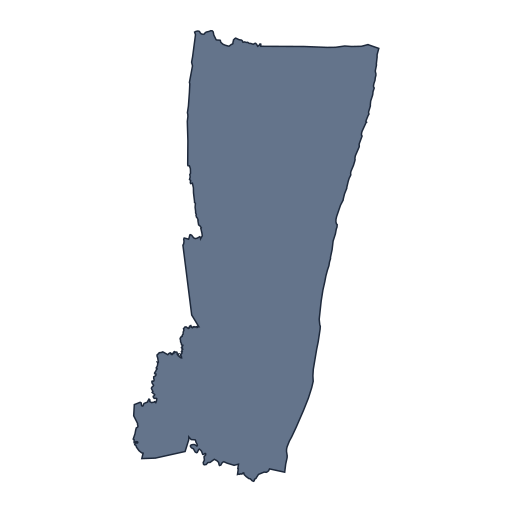 outline of Umkhanyakude, KwaZulu-Natal, South Africa
{"feature_id": "47623444B87808740966359", "entity_name": "Umkhanyakude", "entity_type": "district", "adm_level": 2, "iso_a3": "ZAF", "parent_name": "South Africa", "parent_adm1": "KwaZulu-Natal", "projection": "equal_earth", "projection_center": [32.054, -27.662], "detail": "fine", "context": "isolated", "style": "filled", "palette": "slate", "viewbox_px": 512, "rotation_deg": 0, "n_neighbors": 0, "source": "geoboundaries", "source_scale": "gbopen_adm2", "svg_char_len": 6019}
<svg xmlns="http://www.w3.org/2000/svg" viewBox="0 0 512 512"><path d="M269.5,468.9L284.7,472.2L285.7,464.1L287.1,457.7L287.2,455.8L286.5,451.4L286.6,448.9L287.1,446.8L289.4,441.0L291.6,437.0L296.2,427.2L303.5,410.4L308.4,398.1L311.7,387.7L313.2,381.3L312.9,375.8L313.3,369.3L316.7,349.1L318.2,341.8L320.1,329.2L320.3,326.2L319.8,325.0L319.2,319.3L321.2,300.9L322.9,290.1L324.8,281.7L325.9,275.9L327.5,269.9L328.9,265.8L329.5,262.0L330.5,258.7L330.5,257.2L332.1,249.7L333.1,241.1L335.4,233.9L336.3,229.0L337.0,227.1L337.2,224.6L336.4,223.8L335.9,221.7L336.0,219.3L336.6,216.6L340.5,205.2L343.2,200.0L343.2,199.3L344.5,193.9L346.8,188.2L346.8,187.3L348.3,181.0L349.2,178.2L350.7,175.2L350.8,174.5L350.6,173.2L350.9,171.5L353.5,165.3L354.7,161.3L355.1,159.7L354.9,158.4L355.3,155.9L359.1,147.1L359.3,146.0L359.1,144.8L359.3,143.6L362.1,136.0L361.6,135.5L361.5,135.0L361.5,133.6L361.9,131.7L366.0,122.7L366.6,122.2L365.9,121.5L366.2,120.3L368.0,115.8L369.0,114.0L368.6,113.0L368.6,111.9L370.4,105.9L370.3,105.0L370.7,101.0L372.5,95.5L372.8,94.1L373.0,91.7L374.2,88.1L374.1,87.7L373.6,87.1L373.5,85.7L373.9,83.6L375.0,80.3L375.3,77.6L375.9,75.5L375.9,73.7L375.4,71.9L375.3,70.8L376.5,64.9L376.3,64.1L377.1,57.2L377.1,54.7L378.8,48.4L368.2,44.7L368.1,45.0L368.1,44.7L367.5,44.7L361.5,46.3L351.5,46.5L344.7,46.0L335.5,47.3L327.1,47.4L304.0,46.5L260.8,46.3L260.8,44.2L260.7,44.0L259.7,44.1L259.2,45.3L257.7,46.3L256.6,44.3L255.6,43.3L254.8,43.4L253.2,44.3L250.7,43.4L249.2,43.4L247.7,42.3L246.7,42.5L244.4,41.9L243.1,42.3L242.7,41.9L242.4,40.9L241.5,40.1L239.1,39.7L235.7,38.1L234.8,38.6L233.4,40.1L233.4,41.2L233.0,42.0L232.9,43.6L232.7,43.9L231.4,44.4L229.2,46.1L228.3,46.1L224.9,45.1L222.9,44.2L220.8,42.3L220.4,40.7L220.1,40.2L216.8,40.0L216.1,39.7L213.8,35.0L213.2,31.9L212.2,30.8L210.8,30.7L209.1,31.4L206.5,32.0L205.3,32.6L204.3,34.0L203.1,34.3L201.3,33.9L200.1,32.7L199.6,31.7L199.2,31.3L197.8,31.0L195.9,31.4L194.6,32.1L195.5,34.7L192.6,56.7L191.6,62.2L192.5,65.9L189.4,82.5L189.8,83.8L189.4,92.4L188.4,106.2L187.4,112.8L187.8,114.3L187.9,116.6L187.3,121.3L187.9,140.9L187.7,164.0L187.8,165.3L188.1,165.8L189.4,165.8L190.4,168.7L190.5,172.6L190.5,173.4L189.8,174.5L190.2,177.0L189.5,179.5L190.6,180.4L190.3,182.8L190.7,183.6L192.4,183.2L193.4,187.8L193.5,192.9L194.5,201.1L194.5,202.4L195.4,203.3L195.1,207.3L195.6,211.2L195.6,212.9L196.3,214.4L196.0,215.2L196.5,217.2L197.1,217.7L198.2,220.1L197.9,220.6L198.6,224.9L199.9,225.8L201.3,227.8L200.8,228.3L201.9,233.0L202.3,235.8L200.6,238.7L200.5,237.5L199.8,236.7L197.1,238.2L195.2,238.6L193.6,237.8L191.7,235.3L190.6,234.7L190.1,234.7L189.8,235.0L189.2,237.5L188.6,239.2L186.2,238.5L184.2,238.0L183.7,239.2L184.0,241.2L183.8,243.2L183.3,244.8L182.9,245.1L191.7,315.0L198.7,326.5L198.3,326.4L197.8,326.9L197.3,327.0L197.5,327.4L197.1,327.5L196.9,326.7L196.6,326.9L196.3,326.7L195.4,327.1L194.7,326.7L194.1,327.1L193.7,326.8L193.0,327.4L192.9,327.2L192.5,327.7L191.9,327.2L191.5,327.4L191.1,327.0L191.2,326.2L190.8,326.0L190.7,325.6L189.5,326.3L189.5,327.1L188.9,327.6L189.1,328.0L188.6,328.4L188.2,328.5L187.8,328.2L186.4,327.0L186.0,327.1L185.7,326.9L184.9,327.0L184.0,328.2L183.5,328.6L183.9,330.2L183.2,332.0L183.1,334.1L182.6,334.7L182.1,335.6L182.2,336.3L180.7,337.2L180.6,337.8L180.2,338.2L180.1,338.8L180.5,340.1L180.6,341.9L181.4,343.4L181.3,344.0L181.8,345.0L182.8,345.3L182.3,346.1L182.4,346.6L182.0,346.6L182.0,347.4L181.5,347.8L182.3,348.5L182.1,348.7L182.1,349.3L182.5,349.4L182.0,349.9L181.9,350.7L182.1,351.2L181.9,351.5L182.0,351.6L181.5,351.8L181.9,352.3L181.8,353.5L180.7,354.2L180.7,354.9L180.5,355.2L181.0,355.1L181.1,357.1L181.5,357.0L181.6,357.9L180.6,357.7L178.0,355.5L177.9,355.1L178.6,354.0L177.3,354.3L177.0,352.3L176.0,352.0L175.2,352.3L174.6,351.6L173.8,352.0L173.8,353.3L173.0,353.2L172.9,353.6L172.3,353.6L172.5,354.4L172.2,354.6L171.4,354.5L171.2,353.8L170.7,353.7L170.6,353.0L170.2,352.8L168.9,353.5L167.8,354.7L163.1,352.0L162.3,351.9L162.0,352.4L159.2,352.7L158.8,353.3L157.0,355.0L157.1,356.3L157.7,357.9L158.4,362.2L158.2,362.5L157.3,362.2L157.8,363.4L157.5,365.1L157.2,366.3L156.2,367.9L156.3,368.2L156.8,368.4L157.1,368.9L156.4,369.7L155.8,371.1L154.6,372.9L154.6,373.7L156.0,374.1L155.9,375.1L155.5,375.8L153.7,376.8L153.7,378.4L154.1,379.6L153.9,380.8L153.2,381.3L152.2,381.0L151.9,381.4L151.9,382.3L152.2,383.3L153.6,385.2L153.1,386.1L151.8,387.3L151.4,388.2L151.6,388.9L152.9,391.4L152.1,392.4L154.7,394.6L154.3,395.6L153.2,396.3L153.3,397.2L154.2,398.4L156.2,398.3L156.8,398.8L156.4,401.3L155.8,402.6L155.0,401.7L154.6,401.7L154.5,402.1L151.5,402.6L149.8,401.6L149.9,399.9L149.0,399.1L148.0,400.7L147.6,402.0L144.2,403.4L143.6,404.1L143.2,405.5L142.7,406.1L141.6,405.7L141.2,402.9L140.1,402.3L134.3,404.6L133.7,415.8L137.6,423.5L137.5,424.4L138.0,426.1L137.6,427.2L136.3,427.9L135.7,430.0L135.0,433.8L133.2,439.1L134.1,439.6L134.1,442.4L136.0,441.6L137.5,441.8L137.8,442.2L137.7,442.8L137.2,443.1L135.5,442.9L134.7,444.1L134.7,444.7L135.9,445.4L136.5,447.2L139.0,450.7L141.6,452.8L143.1,453.2L141.8,458.6L155.4,458.1L185.1,451.5L188.7,439.9L188.8,436.9L190.7,439.1L191.3,439.6L195.1,439.8L195.6,440.6L195.9,442.0L197.1,444.3L197.4,445.4L196.9,446.1L194.7,444.6L193.2,444.5L191.6,444.8L190.8,445.2L190.4,445.8L190.5,446.6L191.2,447.5L191.9,448.1L193.4,448.8L195.2,452.0L196.5,452.7L197.3,452.4L198.6,449.6L199.3,449.1L200.5,450.0L201.5,451.2L202.7,454.4L203.4,454.5L205.0,453.4L205.6,453.6L205.7,454.8L204.0,456.8L204.4,460.1L203.2,462.5L203.5,464.2L204.2,464.8L206.2,464.5L207.8,462.6L210.1,462.4L214.3,459.3L216.9,460.7L218.6,462.4L219.1,464.8L219.5,465.5L220.8,465.1L221.9,463.1L222.7,462.3L223.8,461.7L226.9,463.1L234.1,465.3L238.5,464.2L237.8,468.6L238.3,468.8L237.5,474.5L238.8,474.1L239.7,474.3L240.6,473.8L241.9,474.1L242.8,473.1L243.7,472.9L243.9,473.1L243.8,473.6L244.1,474.5L246.2,476.6L248.9,478.6L250.3,478.8L252.1,480.7L253.5,481.3L254.3,480.7L254.5,479.3L256.0,478.4L256.4,477.6L258.5,474.4L264.1,472.1L266.3,472.3L267.0,472.0L268.6,470.8L269.5,468.9Z" fill="#64748b" stroke="#1e293b" stroke-width="1.5"/></svg>